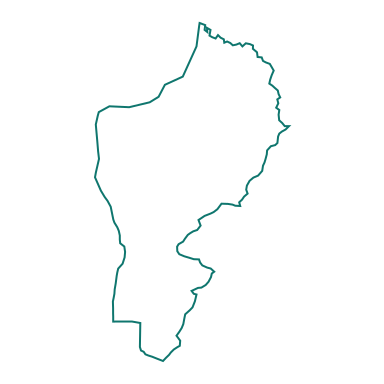 Paulicéia, São Paulo, Brazil
{"feature_id": "56859067B44376759807696", "entity_name": "Paulicéia", "entity_type": "district", "adm_level": 2, "iso_a3": "BRA", "parent_name": "Brazil", "parent_adm1": "São Paulo", "projection": "mercator", "projection_center": [-51.775, -21.212], "detail": "fine", "context": "isolated", "style": "outline", "palette": "teal", "viewbox_px": 384, "rotation_deg": 0, "n_neighbors": 0, "source": "geoboundaries", "source_scale": "gbopen_adm2", "svg_char_len": 2245}
<svg xmlns="http://www.w3.org/2000/svg" viewBox="0 0 384 384"><path d="M199.6,23.0L199.1,26.3L196.5,46.4L182.8,76.6L164.9,84.8L158.6,96.8L149.7,102.3L129.2,107.2L109.4,106.3L98.8,112.1L97.8,115.6L95.8,124.5L97.3,141.4L98.1,151.2L99.0,158.9L95.9,172.4L95.0,177.3L100.9,190.7L104.7,197.0L107.5,200.8L110.7,206.7L112.3,214.6L113.3,219.5L114.4,222.6L117.3,227.3L118.8,230.9L119.8,235.5L119.8,239.6L120.2,243.3L124.3,246.5L125.1,251.9L124.6,257.4L122.6,263.7L118.2,268.6L117.3,272.4L116.7,275.8L115.7,283.5L114.7,289.3L114.4,293.8L113.6,298.1L112.9,301.5L113.1,308.4L113.1,313.5L113.2,316.7L113.2,321.6L118.0,321.5L131.8,321.5L140.3,323.0L139.9,347.0L141.0,350.5L143.7,351.8L145.4,354.3L148.3,355.5L152.1,356.7L156.6,358.5L163.0,361.0L165.8,358.0L169.1,354.8L170.8,352.5L173.8,349.5L177.3,347.2L179.8,345.8L180.2,340.7L176.5,335.7L179.3,331.8L181.7,328.0L183.3,324.1L184.3,318.7L185.2,314.3L189.8,310.2L192.5,307.4L194.9,301.3L196.5,294.5L193.8,293.8L191.6,290.9L198.0,287.9L201.4,287.6L205.7,285.0L208.5,281.8L211.0,277.1L211.8,273.5L214.2,271.7L210.7,268.5L207.2,267.6L202.3,265.4L200.1,262.5L199.0,259.4L193.8,259.2L189.4,257.8L184.3,256.3L179.3,254.2L177.3,251.2L177.1,246.7L178.6,244.2L183.1,241.6L184.9,238.8L187.8,234.9L190.3,233.1L193.3,231.3L197.2,230.0L200.6,225.6L198.5,220.0L204.6,215.9L210.5,213.6L213.6,212.1L217.4,209.2L221.5,203.7L227.8,203.9L232.5,204.6L235.2,205.7L240.2,206.0L239.2,202.3L242.0,199.7L244.1,196.6L247.6,193.6L246.2,189.7L246.9,185.6L249.6,180.8L253.4,177.6L258.1,175.6L262.2,170.9L263.0,165.7L264.5,162.5L265.5,159.2L266.8,154.3L267.1,150.4L270.9,146.2L275.2,145.1L277.4,143.0L278.1,136.5L279.3,133.6L281.8,131.6L285.6,129.5L289.0,126.1L284.7,126.1L282.2,123.0L279.2,120.3L278.6,114.7L279.3,110.0L276.2,107.7L278.3,103.3L277.3,99.4L280.2,97.4L278.6,94.1L277.8,90.5L274.8,87.9L272.3,85.6L269.3,83.6L270.2,79.6L271.7,75.2L273.7,70.6L272.1,67.8L269.8,63.9L265.8,62.4L263.0,60.9L261.7,57.4L257.6,57.0L257.0,52.3L252.9,48.8L253.0,45.5L249.9,44.1L245.8,43.3L242.4,46.4L239.7,43.2L236.3,44.6L232.8,45.3L230.3,43.0L227.1,41.5L224.3,42.7L223.8,39.3L220.6,37.7L218.0,35.1L215.6,38.5L212.2,37.2L209.5,35.6L210.5,29.9L207.0,27.9L207.3,32.0L204.6,29.9L205.2,25.1L199.6,23.0Z" fill="none" stroke="#0f766e" stroke-width="2"/></svg>